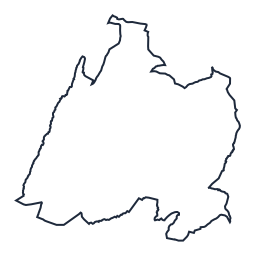 outline of General Felipe Ángeles, Puebla, Mexico
{"feature_id": "50627088B91535396916577", "entity_name": "General Felipe Ángeles", "entity_type": "district", "adm_level": 2, "iso_a3": "MEX", "parent_name": "Mexico", "parent_adm1": "Puebla", "projection": "albers", "projection_center": [-97.667, 19.028], "detail": "fine", "context": "isolated", "style": "outline", "palette": "slate", "viewbox_px": 256, "rotation_deg": 0, "n_neighbors": 0, "source": "geoboundaries", "source_scale": "gbopen_adm2", "svg_char_len": 5756}
<svg xmlns="http://www.w3.org/2000/svg" viewBox="0 0 256 256"><path d="M112.6,15.4L110.1,18.5L108.2,23.0L109.1,22.7L110.5,22.7L115.1,23.9L118.7,24.0L120.0,25.0L120.2,25.9L120.1,30.5L120.3,34.2L120.7,36.1L120.2,38.0L120.0,40.3L118.7,43.5L109.5,49.3L108.4,52.5L107.4,54.0L106.7,55.3L105.9,56.0L105.4,57.1L104.1,62.2L103.3,64.6L102.3,66.4L101.1,70.6L100.1,72.0L97.9,75.8L97.2,76.5L96.0,78.5L95.7,79.7L94.6,81.7L93.8,82.9L92.8,83.8L91.7,84.3L93.3,80.4L85.5,76.2L84.3,75.1L83.8,73.2L83.9,72.7L82.9,72.6L82.6,72.2L83.3,69.4L83.4,67.7L82.9,67.3L84.3,62.3L85.0,58.8L84.7,57.8L84.2,57.1L82.5,56.4L81.2,58.0L79.8,60.3L79.9,60.8L78.7,63.8L77.1,65.7L76.7,67.5L76.3,67.8L76.1,69.3L75.7,70.3L75.4,72.3L75.0,73.1L74.7,76.4L74.0,78.3L73.6,78.7L74.0,79.3L73.5,79.6L72.0,83.9L71.8,86.5L71.4,87.0L71.0,86.9L69.8,87.0L68.2,90.3L67.5,90.8L67.6,91.7L67.3,92.0L67.1,94.3L66.5,95.0L65.6,94.9L65.2,95.8L64.5,96.5L63.1,96.1L62.3,96.2L62.0,96.4L61.8,97.8L60.4,98.6L60.9,99.0L60.3,99.7L59.3,101.9L58.2,102.8L56.4,106.5L55.3,107.5L55.4,109.6L54.5,110.4L54.2,111.8L53.2,112.7L53.0,113.4L53.0,115.1L53.4,116.2L53.4,116.8L53.3,117.3L52.4,118.0L52.0,120.7L51.1,121.0L50.8,121.9L51.0,123.8L50.6,124.6L50.2,125.1L50.0,125.9L50.5,126.5L50.6,127.1L50.4,128.1L49.8,129.1L49.7,130.9L49.3,132.0L48.5,132.1L48.2,132.8L48.1,133.6L47.0,133.8L46.4,134.5L45.6,135.0L44.8,136.1L44.3,136.4L43.9,137.5L43.9,139.6L42.6,141.1L42.6,141.5L43.2,141.9L43.6,143.2L43.4,144.0L42.8,145.0L41.9,144.8L41.0,146.2L40.7,148.4L40.0,148.8L39.9,149.6L39.6,149.8L39.2,151.0L38.6,152.1L38.7,154.7L38.4,155.3L38.0,155.5L37.7,156.2L37.0,156.9L36.1,158.4L35.4,159.0L34.0,160.9L34.1,161.1L33.3,162.5L33.2,162.9L33.4,163.3L32.6,164.4L32.0,165.7L32.0,166.8L31.0,168.3L30.5,169.9L30.5,171.2L30.1,171.7L29.8,174.0L28.6,175.2L28.3,176.0L27.9,176.2L27.6,177.6L25.7,179.8L25.3,182.2L24.0,183.9L23.4,185.3L24.0,186.5L24.0,187.0L23.5,188.1L23.8,188.4L23.0,190.7L23.1,191.7L22.9,192.7L23.1,193.4L23.8,194.3L23.3,194.7L23.6,195.8L16.1,200.5L23.6,204.4L25.9,205.0L31.3,204.3L41.5,202.3L41.9,203.0L41.1,204.7L40.6,207.7L38.5,213.5L38.5,214.0L38.1,214.7L37.2,217.1L43.3,219.5L44.5,220.5L46.4,221.3L56.6,224.9L63.8,224.9L79.0,214.1L80.6,212.6L81.3,213.0L81.6,213.7L81.9,216.7L84.0,219.3L89.0,223.9L89.7,223.0L91.1,222.6L92.8,223.8L93.9,223.2L94.8,222.1L96.3,221.5L97.6,221.4L98.7,221.9L99.1,220.9L99.9,220.8L101.1,220.9L101.7,220.7L102.2,220.0L104.1,219.2L104.6,219.2L106.0,220.0L107.4,219.6L108.9,219.9L111.4,218.2L112.3,218.0L114.8,216.7L116.2,217.4L117.3,215.9L118.9,216.8L120.8,214.8L121.8,214.9L122.6,213.7L123.3,213.6L124.1,213.2L125.4,213.2L126.4,212.2L127.0,211.3L127.3,211.1L128.9,212.0L138.9,198.3L142.1,199.9L143.5,198.1L144.2,198.3L145.7,197.3L148.9,197.7L157.4,199.8L157.4,202.5L157.0,204.5L157.2,205.2L157.0,205.4L157.3,206.6L158.1,207.7L157.7,208.6L158.4,209.4L158.1,210.3L157.3,210.7L157.3,211.6L156.7,212.2L157.3,214.2L157.2,214.4L157.3,215.7L155.8,216.6L154.7,218.1L154.6,219.7L155.0,220.3L157.7,219.6L159.1,220.1L159.5,220.0L160.3,219.0L161.4,218.5L162.3,219.7L163.3,220.2L164.5,220.3L165.0,219.4L167.3,216.9L169.0,215.4L171.5,213.5L174.8,212.2L176.3,212.0L177.4,212.0L179.0,213.1L179.0,214.8L177.6,215.1L177.0,215.9L176.7,216.6L176.7,218.5L174.8,220.6L173.8,222.7L172.3,224.2L171.0,224.4L169.4,225.9L168.7,227.5L168.7,230.0L167.1,232.0L166.2,233.9L167.0,238.1L174.7,239.6L174.8,239.4L178.5,240.6L183.1,240.6L187.0,236.6L188.1,234.9L189.1,231.7L193.9,232.9L194.8,230.5L200.4,228.9L200.6,227.2L204.1,226.9L205.5,226.3L207.6,224.4L210.0,222.8L211.4,221.0L214.4,219.3L216.3,218.5L218.0,217.2L219.8,215.2L221.2,214.7L224.9,215.4L225.8,216.0L227.0,216.8L229.9,222.2L230.2,221.6L230.0,219.6L230.5,218.1L229.9,216.1L229.3,215.3L228.6,212.4L227.2,210.4L226.2,209.7L225.3,208.6L225.0,206.3L226.5,203.6L228.3,196.8L227.3,193.9L226.6,193.5L225.5,193.3L224.6,192.0L222.0,191.5L220.5,190.8L220.0,189.9L219.2,189.5L218.9,190.2L218.1,190.2L217.5,189.1L214.8,189.2L213.3,188.7L211.6,188.4L209.9,187.7L208.1,188.0L209.1,187.4L212.2,183.8L218.7,178.4L222.0,171.1L222.5,170.7L223.4,170.7L223.6,170.4L223.8,170.2L223.6,169.0L224.3,166.6L224.7,163.9L225.9,162.5L226.0,162.1L226.1,161.8L225.6,161.7L225.5,161.1L225.7,160.5L226.3,159.4L226.2,158.8L226.9,158.3L227.2,157.4L227.9,157.0L228.2,156.0L229.9,155.9L230.3,155.4L230.6,153.9L231.0,153.1L231.5,152.3L232.1,152.3L232.5,151.6L232.4,150.9L232.6,150.7L233.0,150.7L233.2,150.4L233.1,149.9L233.9,149.3L234.0,149.0L233.8,148.4L233.6,146.9L233.1,145.9L233.0,144.3L234.1,143.1L234.0,142.5L234.5,142.0L234.7,141.4L234.8,140.6L235.7,137.3L235.8,135.6L236.1,134.9L236.3,133.4L237.2,131.4L238.4,129.6L239.0,129.0L239.7,127.5L239.9,125.8L239.4,124.0L238.7,122.1L237.2,120.3L236.4,118.2L235.9,117.8L235.5,115.8L235.2,112.5L236.9,110.0L235.7,109.0L235.2,108.2L234.3,100.4L229.6,95.0L227.8,92.1L227.0,89.6L226.6,89.0L230.0,83.7L230.1,78.4L229.8,77.8L228.1,76.8L220.0,73.4L218.4,72.1L215.6,71.5L213.5,69.9L212.7,68.5L212.7,67.9L211.8,66.8L212.1,67.6L212.3,70.7L212.7,72.4L212.4,74.0L211.2,74.5L211.5,76.2L211.0,77.0L208.9,77.9L206.8,78.3L204.6,79.2L202.4,79.4L201.6,80.0L199.1,80.5L198.3,81.4L197.2,81.9L195.5,82.1L193.6,83.0L192.7,83.6L189.5,84.1L187.7,85.2L186.2,87.0L184.6,88.1L182.7,86.6L178.2,84.3L175.0,83.5L174.0,79.4L169.4,75.4L167.4,74.8L165.3,73.6L159.8,73.3L156.3,71.5L154.2,71.2L151.2,71.5L152.9,68.8L154.3,68.1L156.0,66.4L157.1,66.2L157.9,65.7L158.8,65.8L161.2,65.3L163.4,65.0L165.1,65.1L163.5,61.6L161.6,59.7L160.2,57.7L158.5,56.8L153.7,55.6L148.3,49.5L148.1,46.3L148.3,36.9L147.8,36.1L147.6,35.2L147.7,33.5L148.2,31.9L144.6,30.4L145.9,27.5L146.8,24.8L147.3,24.9L145.3,24.1L140.5,23.6L132.3,22.0L128.0,22.2L126.3,21.9L124.2,20.1L123.2,18.9L122.5,18.8L118.9,19.4L117.9,19.1L117.3,19.0L117.1,18.4L117.1,17.7L115.2,16.7L114.1,16.4L112.6,15.4Z" fill="none" stroke="#1e293b" stroke-width="2"/></svg>